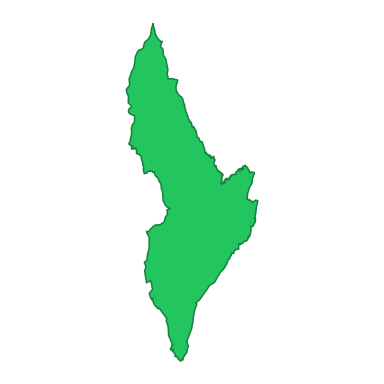 outline of Combita, Boyacá, Colombia
{"feature_id": "7082276B12842426687560", "entity_name": "Combita", "entity_type": "district", "adm_level": 2, "iso_a3": "COL", "parent_name": "Colombia", "parent_adm1": "Boyacá", "projection": "equal_earth", "projection_center": [-73.326, 5.691], "detail": "fine", "context": "isolated", "style": "filled", "palette": "green", "viewbox_px": 384, "rotation_deg": 0, "n_neighbors": 0, "source": "geoboundaries", "source_scale": "gbopen_adm2", "svg_char_len": 6073}
<svg xmlns="http://www.w3.org/2000/svg" viewBox="0 0 384 384"><path d="M254.4,173.3L254.0,172.5L252.6,172.4L251.7,171.8L249.6,172.7L249.0,170.1L248.4,169.3L247.9,169.2L247.7,167.8L245.6,165.7L245.4,166.2L244.8,165.7L244.7,166.3L243.9,166.6L242.9,166.3L243.2,167.5L243.2,168.7L242.4,168.0L241.9,169.0L242.3,168.9L242.2,169.9L241.1,169.3L240.8,168.5L240.0,169.3L240.1,170.0L239.7,171.1L239.3,170.7L239.5,168.9L238.3,169.2L237.7,170.6L235.9,172.2L236.0,173.2L235.5,174.5L235.1,174.6L234.8,174.2L234.6,174.5L232.3,174.6L231.4,176.2L231.0,176.2L230.9,175.6L230.2,176.3L229.7,178.6L229.5,178.8L229.1,178.2L228.6,179.3L228.1,179.0L228.1,179.4L227.8,179.1L227.4,179.6L226.9,179.1L226.4,179.3L226.3,178.6L225.7,178.8L226.0,179.6L224.9,179.9L224.1,181.4L224.6,181.8L224.8,181.3L225.0,182.4L224.5,182.2L223.6,182.7L223.4,182.4L223.4,181.8L223.0,182.6L223.8,183.1L223.1,183.8L222.6,183.5L222.1,183.6L221.8,183.2L221.6,183.9L221.0,182.4L221.9,180.7L221.8,179.1L221.5,178.8L222.2,176.4L222.2,175.4L221.8,175.4L222.3,174.7L222.8,175.1L222.9,174.4L220.7,172.4L219.4,172.6L219.7,171.8L219.5,171.2L218.8,171.3L218.1,170.6L217.8,170.9L217.3,169.9L217.3,169.3L216.3,168.1L216.4,167.1L215.3,166.8L215.2,166.2L216.0,165.9L216.0,165.7L214.2,165.3L214.2,164.3L213.7,162.9L214.8,160.9L214.9,159.5L213.9,158.7L214.0,157.9L213.6,158.3L213.2,158.1L213.0,156.6L212.2,157.3L212.2,157.7L211.4,157.5L211.3,158.1L210.8,157.9L210.6,155.6L209.7,155.8L209.4,155.4L209.4,156.1L209.1,156.1L208.0,154.9L207.6,154.8L207.0,153.7L206.4,153.8L206.1,152.3L205.6,152.3L205.2,152.8L204.9,152.5L204.6,151.1L204.8,150.1L204.0,147.1L203.4,146.3L203.4,145.3L202.6,144.0L202.5,142.2L202.1,141.8L200.8,141.9L200.2,140.9L199.6,140.7L199.2,138.7L198.8,138.1L197.3,137.2L196.9,136.1L197.0,135.2L196.5,134.4L196.5,133.1L196.1,131.1L194.9,129.1L194.3,128.6L194.4,127.9L193.7,127.2L193.6,126.7L192.7,127.3L192.4,127.1L192.2,125.8L191.7,125.1L191.6,123.2L190.7,121.9L190.0,122.0L189.6,120.6L188.1,118.2L187.9,116.1L187.1,114.9L186.9,113.3L185.7,111.3L185.6,110.0L184.8,107.6L184.7,105.9L184.3,105.3L184.4,104.3L184.0,103.9L182.7,99.1L182.2,97.8L180.8,96.4L179.9,96.1L179.5,95.3L178.6,94.9L176.4,90.9L175.8,87.1L176.4,86.0L176.3,84.3L177.2,83.1L177.7,80.1L172.3,78.7L168.0,78.8L167.9,76.9L167.2,74.3L167.9,69.8L166.2,60.8L165.6,58.7L163.5,55.4L162.9,49.0L160.5,46.6L161.3,43.7L162.2,41.6L160.7,41.7L160.5,41.1L158.2,39.0L156.7,36.7L155.2,33.7L154.5,29.2L153.4,26.3L153.2,23.0L151.5,28.7L150.7,34.6L149.5,37.1L148.4,39.1L144.8,42.1L143.6,45.8L143.6,47.4L142.0,49.2L139.4,49.8L138.2,50.8L137.4,52.1L135.9,55.2L135.2,57.5L134.9,61.9L134.1,66.1L133.4,68.5L131.4,71.8L130.3,75.9L129.4,78.0L129.1,79.6L129.6,84.1L129.2,85.9L126.4,89.2L126.2,90.1L126.7,90.9L126.8,92.8L128.4,96.1L128.3,102.8L131.5,106.3L131.5,106.8L131.2,107.4L129.4,108.3L128.6,110.3L128.5,111.9L129.0,112.9L130.5,114.3L134.2,115.5L134.5,116.0L134.6,117.8L134.3,122.3L132.6,124.4L131.4,128.1L131.6,132.3L131.5,134.2L130.0,141.5L129.6,142.5L129.1,142.9L129.0,143.6L129.1,144.2L129.6,144.1L130.2,145.4L131.5,145.4L131.5,145.7L131.8,145.6L132.3,146.2L132.0,146.4L132.2,147.2L131.8,147.4L131.9,147.8L131.7,148.0L132.1,148.1L132.0,148.6L132.4,148.3L132.4,149.0L132.6,148.5L133.1,149.0L133.4,148.5L133.8,148.9L134.3,148.4L134.8,148.6L135.1,148.3L135.5,148.7L135.7,148.4L135.9,149.2L136.6,149.6L136.4,149.9L136.7,150.5L136.4,151.5L136.6,152.3L136.4,153.0L136.8,153.7L137.3,153.5L137.7,154.0L138.6,153.8L139.6,155.2L140.7,155.6L140.9,156.5L141.4,156.9L141.4,158.7L141.9,160.6L142.6,162.0L142.7,164.7L143.4,165.5L143.3,166.5L143.6,166.9L143.7,168.0L143.3,169.1L143.7,171.8L144.2,172.5L144.3,173.3L144.4,173.2L144.6,173.6L147.1,172.9L147.4,172.0L149.3,171.1L150.1,171.1L150.5,171.5L151.1,171.0L152.4,171.5L152.9,172.3L154.5,172.1L154.3,172.9L154.8,174.6L155.8,176.2L157.4,177.2L157.9,178.6L158.6,179.4L159.1,181.2L160.1,182.5L160.9,184.3L161.4,186.4L161.2,187.3L161.3,188.8L161.9,189.5L162.5,191.9L162.6,194.2L163.1,196.2L162.7,196.8L163.0,198.1L163.1,200.9L163.7,201.7L165.5,205.4L167.9,207.6L169.7,208.6L167.0,210.0L167.4,214.5L165.6,216.7L165.1,218.0L164.4,221.0L163.5,222.6L161.7,223.4L160.4,224.8L158.4,224.6L157.1,225.2L156.0,224.9L154.7,225.3L153.4,226.3L150.9,228.7L150.1,229.5L149.7,230.6L147.3,232.0L146.5,230.9L146.8,232.8L149.1,236.9L149.2,247.6L147.3,255.7L147.0,259.0L147.2,259.8L144.4,262.3L144.5,263.1L145.5,265.2L145.8,266.8L145.6,268.2L144.6,270.7L146.5,282.7L150.5,280.8L151.5,283.5L151.8,286.2L152.5,288.9L152.2,289.9L150.9,291.2L149.2,293.6L150.3,297.1L151.6,299.6L152.6,298.8L152.5,299.5L153.4,300.4L152.9,301.4L154.8,305.3L158.0,308.7L159.0,308.1L166.8,318.5L166.3,320.8L168.1,326.6L168.5,332.3L168.5,335.0L171.9,343.4L172.8,344.6L172.0,344.7L171.6,346.7L170.3,349.0L171.6,350.5L172.9,349.3L173.5,350.2L172.8,351.4L175.6,354.8L174.9,356.2L176.7,356.7L178.4,359.1L180.3,361.0L181.1,360.8L181.4,359.6L182.9,359.9L183.4,357.4L186.9,352.3L187.3,348.9L188.3,346.7L188.4,345.8L187.7,344.9L187.2,342.9L187.2,341.8L186.8,341.1L191.6,328.9L193.1,320.3L193.6,315.4L195.0,309.1L196.0,306.6L196.8,304.0L195.7,303.0L199.4,300.0L207.1,289.3L209.3,285.7L210.9,284.5L213.1,283.5L215.0,281.7L217.9,276.3L219.1,274.9L220.1,272.6L223.8,268.8L226.6,264.3L228.1,260.1L229.8,258.5L230.0,256.4L231.0,256.0L231.6,253.1L233.5,253.6L234.3,251.0L235.3,249.8L238.7,249.0L238.8,248.3L238.4,247.7L239.2,243.6L239.8,243.8L240.0,244.6L240.3,244.6L240.7,244.4L240.8,243.5L241.6,243.6L243.4,242.7L243.5,242.0L244.3,241.3L244.9,241.0L245.8,241.3L247.7,239.7L247.7,239.1L248.1,238.4L247.9,237.0L248.3,236.9L248.8,237.3L249.5,236.7L249.4,236.0L250.0,235.4L250.9,230.8L251.2,229.1L250.8,228.5L250.7,227.4L251.1,227.0L250.9,226.5L251.6,226.1L252.2,226.6L252.9,226.4L252.9,225.7L253.8,224.8L255.5,221.2L255.5,220.6L255.0,219.6L255.5,218.9L255.6,218.1L255.4,217.8L254.7,217.9L255.7,213.8L256.4,207.2L257.8,201.1L257.2,200.5L255.6,200.1L254.4,201.1L252.8,201.7L252.2,202.5L250.9,200.5L249.5,200.3L249.5,200.0L248.9,200.3L248.6,199.8L248.2,199.8L248.1,199.4L247.1,199.5L247.6,193.6L248.9,189.5L249.0,188.4L251.9,183.5L252.5,178.4L254.4,173.3Z" fill="#22c55e" stroke="#15803d" stroke-width="1.5"/></svg>